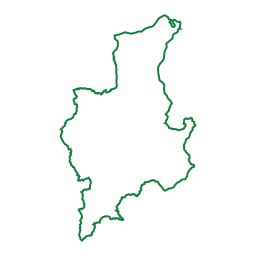 Ucayali, Loreto, Peru
{"feature_id": "86281439B24501043658018", "entity_name": "Ucayali", "entity_type": "district", "adm_level": 2, "iso_a3": "PER", "parent_name": "Peru", "parent_adm1": "Loreto", "projection": "mercator", "projection_center": [-75.521, -7.291], "detail": "fine", "context": "isolated", "style": "outline", "palette": "green", "viewbox_px": 256, "rotation_deg": 0, "n_neighbors": 0, "source": "geoboundaries", "source_scale": "gbopen_adm2", "svg_char_len": 5770}
<svg xmlns="http://www.w3.org/2000/svg" viewBox="0 0 256 256"><path d="M78.8,209.5L78.8,210.2L79.6,211.1L81.6,214.9L82.2,217.8L81.5,218.3L80.2,220.4L81.1,222.3L81.2,223.5L79.9,224.6L80.4,227.0L79.9,227.6L79.9,228.3L80.4,229.9L79.2,234.4L79.3,235.8L80.1,237.1L80.4,239.1L81.9,240.6L83.0,239.2L83.6,239.2L84.6,237.7L85.4,237.7L86.2,236.3L89.1,235.4L89.8,235.9L90.7,235.6L92.0,234.4L91.7,233.7L91.9,232.9L92.4,232.1L93.2,231.7L93.7,230.9L94.1,229.1L95.0,227.2L94.7,225.6L93.4,224.5L94.6,224.0L94.3,223.3L94.5,223.1L95.7,223.4L96.4,222.6L99.9,222.5L99.8,221.7L100.6,219.1L102.2,217.5L105.5,216.3L107.6,216.3L109.2,216.7L109.9,217.5L109.9,218.0L110.3,218.9L111.0,218.8L111.2,219.2L112.3,219.0L113.2,218.2L114.3,218.3L114.7,218.8L116.0,218.2L118.0,218.6L118.7,218.4L119.1,219.1L120.2,219.6L121.1,219.7L121.6,219.4L121.9,219.8L122.5,219.4L122.8,219.8L123.2,219.7L123.2,219.1L122.2,218.4L121.6,217.6L120.8,217.3L120.6,216.6L120.0,216.4L119.7,215.1L118.7,214.6L118.3,213.9L118.3,212.6L118.6,211.9L118.2,211.3L117.0,211.3L116.1,210.5L117.3,210.0L117.1,209.5L117.5,208.7L116.6,206.9L117.8,204.9L119.1,203.9L119.0,203.3L120.1,202.2L120.3,200.7L121.7,199.4L121.6,198.4L121.9,198.2L121.6,197.8L122.4,197.1L123.3,197.5L124.9,197.3L125.4,196.8L125.6,195.9L126.6,194.9L127.2,194.9L129.0,194.2L130.7,195.0L131.7,194.7L132.7,193.9L133.5,193.9L134.8,194.8L135.2,194.7L135.6,195.6L136.7,196.2L137.6,195.9L137.6,195.0L139.4,193.8L139.7,192.8L139.4,191.9L140.0,191.7L140.0,191.0L141.2,190.2L141.3,189.7L140.7,188.1L141.1,187.8L141.5,186.8L141.5,185.4L142.4,185.0L142.9,184.4L144.4,184.1L144.8,182.3L148.8,181.8L150.5,180.8L153.5,180.0L155.6,181.6L157.5,181.5L159.7,184.9L161.3,186.4L163.8,189.9L164.6,190.6L165.2,190.6L166.6,190.0L168.6,188.6L170.3,188.5L173.4,187.3L174.0,186.8L174.9,185.2L177.4,182.4L178.7,182.3L182.1,179.6L185.3,179.2L186.7,177.1L187.1,176.1L187.6,173.2L189.8,169.4L190.7,168.9L192.1,167.4L194.0,166.8L193.8,165.0L193.3,164.6L191.9,164.6L191.3,164.0L190.8,164.0L188.9,160.7L188.8,159.0L189.5,158.5L189.7,157.7L189.3,155.2L188.2,154.5L187.7,153.6L186.8,153.0L184.1,149.3L184.2,147.1L183.9,145.8L184.1,144.4L185.1,142.9L186.2,139.2L186.8,138.7L188.0,138.3L189.1,137.2L189.7,135.5L190.1,133.3L190.8,132.6L190.9,131.8L192.6,130.0L192.5,128.0L193.2,127.5L193.7,126.6L194.3,126.6L195.3,125.7L195.2,124.8L194.4,124.0L194.2,122.0L192.2,120.8L192.3,119.0L191.4,117.9L190.1,118.5L187.7,118.9L185.5,118.5L184.2,119.6L184.0,122.8L183.6,123.8L185.6,124.3L185.5,126.2L184.3,127.4L184.0,128.4L183.5,128.9L178.4,130.3L176.2,129.2L173.0,129.0L172.2,128.6L171.7,128.9L171.3,128.5L169.1,128.0L168.6,126.3L167.6,125.5L166.3,123.6L165.4,123.3L165.8,123.1L165.8,121.1L167.0,119.4L167.7,117.3L167.5,115.7L165.9,114.7L165.7,114.2L168.9,110.5L169.4,107.7L170.0,107.2L170.7,104.9L171.9,103.2L170.3,100.6L168.0,98.4L166.7,95.4L165.4,94.2L164.7,93.2L164.3,91.6L164.1,88.7L164.3,85.8L164.0,84.0L163.0,83.3L162.1,81.9L160.4,81.1L159.5,80.0L158.1,71.7L158.0,69.7L158.3,66.6L159.9,63.9L163.0,60.3L164.0,57.9L164.4,52.6L165.0,50.6L166.7,47.4L166.3,43.7L172.3,38.6L172.7,37.5L172.8,35.8L173.7,34.2L177.3,32.2L177.7,31.7L177.9,29.9L178.5,29.5L179.0,28.4L180.2,28.5L179.7,28.0L179.6,27.3L180.1,26.2L180.4,23.3L180.4,22.5L180.1,22.0L177.2,21.7L174.8,20.0L174.1,19.8L173.4,20.1L173.0,20.9L173.0,22.0L173.6,23.5L174.6,24.7L174.9,25.6L174.2,26.8L173.6,27.0L172.8,26.9L171.7,25.9L171.2,23.8L169.5,22.5L169.7,21.9L170.6,21.5L170.9,21.0L171.0,19.8L169.0,19.5L168.0,17.2L165.2,15.4L163.8,15.5L159.1,18.1L157.0,20.9L156.0,22.6L152.9,26.2L145.2,28.6L141.6,31.6L138.0,31.6L135.9,32.6L131.0,33.7L125.2,32.3L119.2,34.5L114.6,35.5L114.9,38.9L117.3,40.8L117.9,41.9L117.9,45.9L117.1,48.0L116.1,49.6L114.1,51.3L112.9,53.3L113.5,54.5L113.5,55.8L114.0,56.8L113.5,58.0L113.7,58.6L114.2,58.7L113.8,60.2L114.5,60.6L114.6,61.3L115.3,62.5L115.0,63.4L116.1,64.7L116.2,68.0L116.6,69.4L116.1,71.9L116.8,76.4L116.4,80.9L116.8,85.8L116.8,86.4L115.9,87.9L113.4,89.0L112.0,89.1L111.0,89.7L111.2,90.0L110.8,90.7L110.2,90.6L109.4,91.6L107.7,92.3L106.4,92.4L105.8,91.7L105.7,90.2L105.3,90.5L104.3,90.5L103.7,91.1L103.3,92.5L102.2,92.7L102.0,93.9L101.1,94.5L100.6,93.8L99.2,93.0L98.1,93.0L97.6,93.5L97.4,93.2L97.0,93.3L96.3,93.0L95.8,93.3L94.9,92.8L94.6,91.9L93.8,91.3L94.0,91.0L93.8,90.7L92.2,91.0L92.2,90.4L89.9,88.8L88.6,89.1L87.6,88.9L87.2,89.2L86.2,88.6L84.9,88.4L84.6,88.6L84.3,88.3L83.5,88.5L82.5,88.3L82.1,88.6L80.4,88.1L79.2,89.0L78.9,88.5L78.0,88.9L77.6,88.6L76.9,88.9L76.7,89.5L75.6,89.4L73.6,90.0L73.8,91.4L74.9,92.9L74.9,94.1L76.8,96.2L76.3,97.1L76.4,98.0L74.0,98.9L73.6,99.9L74.8,104.3L75.2,104.4L76.0,104.0L77.0,105.0L77.2,107.2L76.7,107.8L76.8,108.1L76.5,110.0L76.8,111.0L76.0,112.5L75.8,113.8L74.5,114.0L74.0,114.4L72.9,117.6L70.8,119.0L69.6,119.4L68.9,119.3L66.4,120.9L66.2,122.0L65.1,123.0L65.5,123.3L64.6,126.0L62.9,127.1L62.2,128.3L60.9,129.3L62.3,131.3L60.7,136.1L61.6,138.9L64.5,143.8L65.4,144.5L66.5,144.8L67.3,146.1L68.1,146.4L68.7,149.4L70.5,149.1L70.8,150.7L71.4,151.0L71.0,152.7L70.3,153.0L71.1,153.8L71.2,154.8L70.0,155.6L69.7,156.3L69.9,159.7L69.6,160.5L69.7,162.0L70.8,162.5L71.0,165.1L72.4,165.7L72.9,167.1L74.2,167.5L74.7,169.4L75.9,171.0L75.9,171.5L77.0,172.5L77.4,174.0L77.0,174.8L77.2,175.3L78.6,175.4L79.5,176.7L78.7,177.4L78.8,178.9L78.3,179.3L78.1,180.3L78.9,180.7L80.2,180.8L81.5,179.8L82.4,179.7L83.3,180.5L83.9,179.7L85.9,178.7L86.9,178.7L88.7,177.7L89.4,178.7L89.5,179.2L90.4,180.1L90.4,181.2L91.0,181.8L90.7,183.4L90.3,184.0L89.8,188.7L89.2,188.6L88.6,189.4L87.5,189.2L86.5,189.9L85.8,189.6L83.8,189.7L83.2,190.4L83.2,191.0L81.4,192.0L82.3,192.7L82.2,193.2L82.8,194.6L82.6,195.4L82.9,196.0L82.3,198.7L82.7,199.8L83.4,200.3L83.6,202.4L84.5,204.2L84.0,204.9L84.4,206.3L83.9,207.7L82.7,208.6L82.1,208.7L81.7,209.2L81.4,208.9L80.6,208.8L78.8,209.5Z" fill="none" stroke="#15803d" stroke-width="2"/></svg>